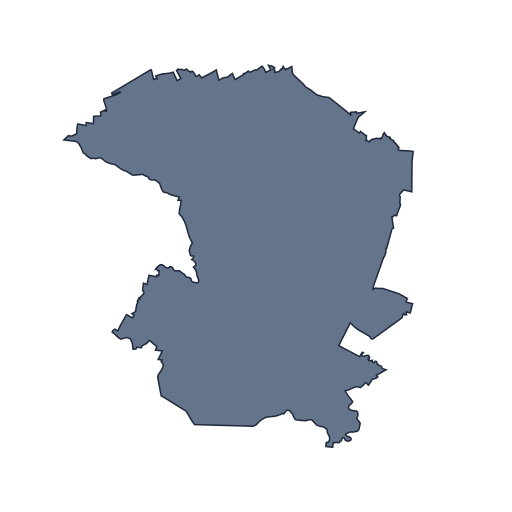 the district of Yanga, Veracruz, Mexico, rotated 351°
{"feature_id": "50627088B86656079275604", "entity_name": "Yanga", "entity_type": "district", "adm_level": 2, "iso_a3": "MEX", "parent_name": "Mexico", "parent_adm1": "Veracruz", "projection": "mercator", "projection_center": [-96.801, 18.823], "detail": "fine", "context": "isolated", "style": "filled", "palette": "slate", "viewbox_px": 512, "rotation_deg": 351, "n_neighbors": 0, "source": "geoboundaries", "source_scale": "gbopen_adm2", "svg_char_len": 6065}
<svg xmlns="http://www.w3.org/2000/svg" viewBox="0 0 512 512"><g transform="rotate(351 256 256)"><path d="M140.5,379.4L140.8,379.4L162.7,398.3L167.3,409.9L168.9,412.9L226.6,423.7L229.7,422.8L233.9,419.6L236.9,418.1L240.1,417.0L241.6,416.8L250.7,417.2L255.3,416.4L257.3,415.8L258.7,416.3L261.8,413.5L262.6,413.2L263.8,413.5L265.4,414.1L265.6,415.3L267.5,418.1L268.3,421.6L269.0,422.7L269.0,423.4L269.4,423.8L273.5,425.2L279.1,426.4L284.3,426.1L285.6,426.7L289.3,432.3L292.8,434.4L294.4,434.7L296.0,435.6L297.9,437.2L298.9,438.5L298.9,441.8L300.4,446.6L299.8,449.3L298.3,451.1L296.5,451.1L296.0,451.6L295.2,455.1L301.8,456.9L303.1,452.3L303.6,452.7L306.8,452.8L308.0,453.4L309.1,453.3L310.1,452.1L311.1,452.1L312.4,449.9L313.5,448.9L314.6,449.6L315.3,451.7L317.0,453.1L319.3,453.3L320.9,452.6L321.4,451.4L321.1,450.6L319.9,449.2L317.5,448.1L316.9,447.4L316.5,446.2L319.3,445.0L321.7,444.6L325.3,445.2L326.6,444.8L328.4,445.1L330.2,443.7L330.6,443.2L332.7,437.7L332.1,435.7L330.6,433.6L330.3,432.3L330.4,431.5L331.1,430.7L331.6,429.7L332.0,427.4L331.8,425.8L330.8,424.7L329.5,424.5L325.2,422.9L324.1,421.5L323.6,420.4L324.3,418.4L327.4,416.6L328.7,414.9L325.0,408.2L323.0,403.4L323.2,403.0L325.9,402.9L333.4,400.9L336.2,401.1L338.6,402.3L342.4,399.9L344.0,398.5L344.9,398.2L346.8,401.2L350.4,397.5L351.3,396.1L354.9,395.6L357.4,394.5L356.3,392.7L366.7,388.7L363.7,387.3L363.1,386.7L362.8,385.3L362.1,384.1L361.4,383.9L359.1,382.2L359.3,381.7L358.7,381.1L358.5,379.1L357.6,378.6L357.1,378.7L356.5,379.4L355.5,379.9L354.1,378.2L354.5,377.2L351.8,377.3L351.2,377.1L350.5,376.2L350.4,375.6L350.9,375.2L351.7,375.5L352.2,374.0L352.2,372.8L351.8,372.5L351.3,371.6L348.3,371.5L347.0,372.0L344.7,371.1L344.9,370.6L344.7,369.7L345.0,369.4L345.8,369.3L345.9,368.8L347.0,368.3L346.7,368.0L345.8,367.7L342.6,371.6L323.7,357.5L338.6,336.8L342.4,341.7L344.8,344.3L356.1,353.6L356.4,355.5L358.3,356.3L390.5,339.9L392.5,336.0L393.8,337.5L395.6,337.5L395.5,336.0L395.8,334.7L399.4,336.4L403.2,327.6L397.0,325.0L398.7,321.5L391.5,315.8L376.0,307.8L370.5,307.0L369.4,306.3L366.5,307.3L367.1,304.5L382.2,276.7L382.6,276.8L384.9,272.8L384.8,272.1L385.4,269.0L386.1,269.2L394.6,250.4L396.2,250.0L396.3,238.6L396.8,238.9L397.8,238.4L399.2,237.2L400.8,238.3L401.9,237.3L402.3,235.9L406.3,229.0L406.9,227.5L406.3,226.9L407.7,219.9L407.0,218.9L407.3,218.1L407.7,217.4L412.2,213.8L419.9,217.0L425.0,186.6L427.6,177.4L424.7,176.4L414.5,174.2L413.0,173.5L414.2,171.1L413.0,170.0L413.3,169.8L411.3,166.2L410.0,165.1L410.2,163.9L406.5,160.8L407.2,160.0L405.9,159.0L404.1,158.4L402.0,154.2L400.4,155.9L400.6,156.1L399.0,158.7L397.7,159.9L397.2,159.0L395.7,159.3L393.8,158.6L390.8,158.8L389.7,159.1L389.0,158.8L386.9,160.0L386.2,160.8L385.8,160.4L385.4,160.7L383.4,159.1L382.5,159.1L383.3,158.0L383.9,154.3L383.3,154.2L378.7,149.3L377.3,150.7L372.1,145.6L377.8,136.1L379.0,134.8L386.1,130.6L377.8,130.8L377.7,129.3L371.7,128.9L371.7,131.2L371.9,132.1L367.9,127.2L353.5,111.4L352.4,110.7L346.9,109.1L341.0,106.1L336.2,100.8L331.6,96.9L329.5,93.4L321.6,83.3L320.6,80.8L321.0,74.4L316.5,75.9L315.4,75.9L314.3,76.6L312.4,72.9L310.9,75.7L310.2,75.9L310.0,75.4L307.5,77.4L303.3,77.7L303.7,75.9L303.4,75.2L302.1,74.6L302.3,74.2L304.0,73.2L303.1,72.1L301.3,70.8L298.1,69.6L299.7,74.5L294.2,76.1L293.6,73.0L291.7,69.4L285.3,72.6L284.4,72.1L282.1,72.5L281.8,72.9L280.5,73.2L278.6,73.4L278.0,73.2L277.2,72.1L275.7,73.0L273.5,73.9L272.2,73.9L272.4,74.7L262.9,78.5L261.2,72.0L255.7,74.8L250.9,75.0L246.8,76.6L245.9,66.0L240.3,68.2L230.1,71.5L228.3,68.1L225.7,69.3L224.9,69.1L222.4,63.7L220.1,63.6L220.0,64.2L218.8,62.8L217.6,62.3L216.8,60.5L214.3,61.1L213.2,60.9L212.8,60.5L211.4,59.9L208.9,59.7L208.4,59.2L206.5,60.3L209.5,69.0L205.6,70.6L203.0,61.4L199.4,61.9L191.3,61.5L185.1,62.5L185.9,65.4L185.3,65.1L182.5,65.7L181.7,55.1L181.6,55.4L139.0,72.4L139.3,74.4L146.7,72.4L147.1,72.4L147.7,73.1L142.7,75.0L133.8,76.3L133.9,76.7L131.1,76.7L130.7,77.1L130.2,77.1L130.0,78.5L131.2,86.2L131.0,89.5L129.8,89.5L129.9,88.1L124.9,89.6L124.9,93.3L124.6,93.4L117.5,92.6L116.3,98.8L115.8,99.8L109.2,97.6L108.6,100.6L100.7,97.7L100.4,97.9L99.0,102.5L97.9,107.3L92.1,108.8L89.6,107.7L84.4,111.3L96.4,114.8L97.7,116.0L98.4,116.8L100.2,121.5L101.6,127.2L103.2,128.4L104.3,130.3L106.1,132.2L108.1,133.9L109.0,134.1L109.9,133.8L110.9,134.0L112.3,134.8L117.4,134.5L118.2,134.9L120.0,136.7L122.5,139.6L127.6,142.5L130.1,143.1L132.6,145.2L136.1,148.8L139.0,151.0L140.6,151.6L145.6,155.8L146.3,156.6L148.6,157.1L156.9,157.7L159.9,160.1L160.7,160.2L162.0,161.3L162.2,162.8L164.1,164.4L168.1,165.2L169.4,166.2L172.2,169.5L173.1,174.5L174.2,177.9L175.6,178.9L178.5,179.8L179.6,181.0L180.7,181.3L181.5,182.3L189.5,185.8L187.6,188.8L190.7,189.3L189.7,193.1L187.8,198.1L186.7,202.1L189.1,206.1L190.7,210.5L191.7,215.1L192.9,225.7L194.2,230.5L195.2,233.0L192.6,236.4L190.9,240.2L191.3,244.8L191.8,245.7L194.1,246.2L194.4,247.0L194.2,247.7L191.9,249.4L192.9,250.1L194.7,252.1L195.3,254.2L195.1,255.8L192.5,257.2L194.1,260.1L194.7,262.1L194.7,266.6L195.6,270.5L195.4,272.4L193.9,273.3L192.9,273.2L189.2,271.7L188.4,270.5L188.2,268.3L187.3,267.1L183.6,265.7L182.4,262.8L180.4,261.2L178.1,258.6L173.9,258.1L173.1,257.6L171.8,254.7L171.1,253.7L170.0,253.2L169.3,253.1L167.3,254.2L164.9,253.1L162.7,250.5L161.4,249.7L159.5,249.8L156.6,251.6L155.5,252.5L154.9,253.3L156.0,253.0L156.4,255.1L158.2,255.4L156.9,260.0L155.1,259.4L154.8,261.0L154.5,260.9L147.3,258.3L143.8,267.1L140.6,265.2L138.8,271.4L138.8,272.4L139.7,274.6L139.2,275.5L138.4,276.3L134.2,279.3L135.2,281.3L133.8,279.2L131.7,282.2L132.4,282.8L130.7,285.0L128.6,291.0L128.5,292.0L124.3,293.5L126.4,295.4L124.4,297.8L118.9,293.6L111.2,303.4L107.7,308.3L105.1,306.1L103.0,307.2L102.4,308.0L102.1,309.1L103.4,309.9L107.5,315.4L109.7,317.0L114.3,316.3L115.9,316.5L119.0,318.1L120.2,323.2L119.9,328.8L122.8,329.1L124.1,327.5L128.5,328.7L129.6,326.8L134.3,325.3L137.6,322.7L143.9,330.1L142.0,333.3L148.6,335.1L143.2,342.9L147.1,344.1L145.8,345.5L147.3,348.2L147.3,349.9L145.7,352.7L142.4,356.5L141.3,357.3L139.9,360.2L140.5,379.4Z" fill="#64748b" stroke="#1e293b" stroke-width="1.5"/></g></svg>